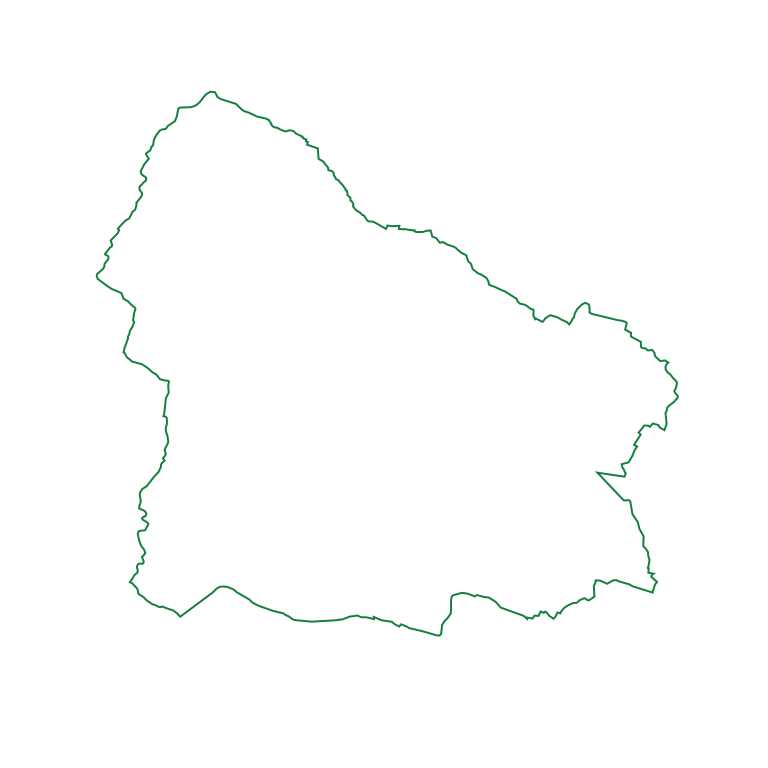 Huai Krachao, Kanchanaburi, Thailand, rotated 9°
{"feature_id": "78962969B62176303506546", "entity_name": "Huai Krachao", "entity_type": "district", "adm_level": 2, "iso_a3": "THA", "parent_name": "Thailand", "parent_adm1": "Kanchanaburi", "projection": "orthographic", "projection_center": [99.704, 14.351], "detail": "fine", "context": "isolated", "style": "outline", "palette": "green", "viewbox_px": 768, "rotation_deg": 9, "n_neighbors": 0, "source": "geoboundaries", "source_scale": "gbopen_adm2", "svg_char_len": 6141}
<svg xmlns="http://www.w3.org/2000/svg" viewBox="0 0 768 768"><g transform="rotate(9 384 384)"><path d="M163.9,619.4L166.9,620.5L171.8,624.3L172.9,625.7L173.7,628.6L174.8,630.0L179.5,631.9L184.6,635.6L186.2,635.9L188.0,637.1L190.3,637.9L192.7,638.1L195.8,639.3L198.2,639.3L200.3,638.4L202.2,639.1L211.4,640.7L215.4,642.8L219.1,645.7L247.2,617.0L251.0,611.9L253.6,610.1L257.2,609.0L261.2,608.9L267.6,610.5L271.2,612.7L284.9,618.0L287.4,620.0L291.4,621.6L296.1,622.9L310.3,625.5L320.6,626.3L322.7,627.5L325.9,628.3L330.7,630.7L332.8,631.1L349.6,630.1L372.9,625.0L380.2,622.8L386.0,619.3L394.0,616.8L397.7,617.9L403.7,617.2L410.9,617.8L410.3,615.7L418.9,617.8L428.8,617.6L431.3,619.2L436.9,621.2L438.4,618.7L444.8,620.1L446.9,621.2L460.2,622.1L475.3,624.0L477.5,624.0L478.4,623.6L479.5,621.8L479.1,612.7L481.1,608.3L483.2,605.6L485.8,600.4L485.7,597.3L484.0,586.9L484.2,583.3L485.1,582.0L492.6,578.5L494.6,578.0L499.5,578.0L507.0,579.6L507.8,578.5L509.2,577.9L516.0,578.7L520.9,578.5L528.2,581.6L534.4,586.6L557.5,591.0L559.5,591.8L562.1,593.6L562.1,592.3L567.4,592.4L568.9,589.2L572.9,588.9L574.3,584.2L577.6,585.1L578.1,583.9L579.6,583.7L583.5,587.1L588.2,589.3L589.9,586.6L591.0,582.5L594.1,583.0L594.3,581.6L596.5,577.5L600.0,574.2L605.1,570.7L608.8,569.9L610.9,567.1L615.1,564.3L616.5,564.5L619.0,565.7L620.4,565.5L625.1,561.1L622.8,550.4L623.7,548.2L623.9,544.8L628.2,544.4L635.7,546.4L641.0,542.1L643.8,541.4L647.6,542.3L657.4,543.5L661.4,544.9L682.0,548.0L681.8,547.2L683.1,539.5L684.7,536.8L678.1,532.6L678.4,530.6L679.9,529.2L674.6,529.0L674.3,524.9L673.3,524.4L673.7,523.5L673.8,516.4L671.8,512.1L671.1,508.8L668.3,505.7L665.4,503.5L664.3,493.9L659.0,487.2L656.2,480.6L649.8,473.8L645.6,461.4L644.1,460.4L639.7,461.4L638.5,461.1L608.7,438.2L636.1,437.9L636.8,434.5L635.6,433.3L633.9,430.4L632.6,429.3L631.3,426.0L637.9,423.1L640.6,415.9L642.1,409.6L643.8,406.1L640.5,405.0L645.4,393.8L643.1,392.1L646.4,386.6L647.3,384.4L651.1,383.8L653.4,384.7L655.7,380.9L661.5,381.7L663.0,383.8L668.2,385.7L669.4,379.2L666.6,368.8L667.4,366.0L667.5,363.0L668.2,361.7L673.3,356.2L676.3,351.2L675.8,349.6L672.9,347.2L671.8,345.4L673.0,342.2L673.2,336.8L671.7,335.1L668.2,332.7L666.2,330.5L661.7,327.6L660.0,325.6L659.3,322.8L660.1,319.7L661.4,318.3L657.9,316.8L653.2,318.1L647.9,314.5L646.8,312.8L646.5,311.3L643.8,308.6L642.8,308.5L640.8,309.3L639.0,309.5L636.9,308.0L633.8,308.1L632.4,307.6L631.9,306.7L631.1,302.2L620.8,298.6L620.3,298.0L620.0,294.8L613.7,292.6L614.2,285.8L613.0,284.9L608.6,284.3L605.1,284.4L578.1,282.2L575.8,281.2L575.5,278.4L574.2,273.8L572.9,273.0L570.0,272.4L567.1,274.4L563.0,280.0L561.4,284.7L561.2,288.6L559.9,290.1L559.7,291.8L557.6,296.2L554.9,294.2L548.9,292.6L545.8,291.3L542.3,290.5L541.3,290.6L537.8,290.0L535.2,291.8L532.9,294.3L531.2,297.6L530.2,297.7L523.6,295.5L523.1,296.3L520.8,293.1L520.4,288.6L519.8,287.1L517.7,287.1L512.1,284.2L509.9,283.6L505.7,283.4L503.2,281.7L501.4,279.0L488.4,273.4L486.4,273.1L477.3,270.5L475.3,270.4L472.0,269.3L471.5,267.1L469.3,264.0L467.9,262.8L462.7,260.7L459.1,259.8L453.7,256.7L451.0,251.6L448.0,249.7L445.1,244.0L439.5,242.2L433.3,238.2L431.5,237.5L425.5,236.6L419.7,234.5L418.2,235.5L416.9,235.6L412.8,231.8L408.7,230.9L406.0,225.1L402.2,226.0L398.3,227.8L392.7,228.8L390.4,228.5L390.2,227.4L388.7,227.8L380.0,227.8L379.7,228.1L374.4,228.5L374.4,225.4L367.4,226.9L362.6,227.0L361.8,230.5L349.7,225.9L347.0,225.4L343.6,225.8L341.9,225.2L338.0,220.8L336.0,220.4L333.6,218.5L329.5,216.9L326.0,213.8L325.5,213.2L325.8,211.7L324.1,209.0L322.2,207.9L321.6,205.2L318.2,203.0L318.0,201.0L317.0,198.8L315.9,198.7L315.2,197.3L311.9,193.9L307.9,190.8L307.5,190.0L304.5,189.1L303.8,187.8L302.1,186.1L301.0,183.1L299.1,181.8L295.6,181.5L294.9,179.1L289.0,173.7L284.2,171.9L281.7,161.6L270.6,159.7L270.9,156.9L268.9,156.5L269.0,154.7L266.5,154.2L264.7,153.1L264.8,152.4L258.2,150.6L255.4,148.6L252.4,148.0L249.0,149.0L247.9,149.8L245.9,149.8L241.3,148.8L240.5,148.2L239.1,148.1L238.0,147.3L236.9,147.8L234.3,147.2L232.1,145.5L232.0,144.4L230.1,142.8L228.9,141.1L227.3,141.0L226.6,140.4L216.7,139.7L208.3,137.2L203.5,136.4L200.3,135.0L194.0,130.5L178.0,128.1L174.5,126.4L171.5,122.3L167.2,122.4L165.2,123.7L162.5,126.2L158.0,134.3L154.9,138.0L151.9,139.9L149.1,141.0L139.9,142.7L137.8,144.0L137.4,153.0L136.4,157.1L130.2,162.9L128.6,166.1L124.9,167.4L123.0,168.6L120.6,172.8L118.6,178.4L118.5,184.5L117.3,186.0L116.6,189.7L112.9,193.6L113.0,194.4L116.5,198.4L113.0,204.1L110.5,211.6L110.8,213.6L111.9,214.9L116.5,217.3L117.1,218.0L116.9,220.7L114.8,222.6L113.6,225.0L112.1,226.6L111.7,227.9L112.1,230.3L115.1,233.2L115.4,235.4L114.8,237.2L111.1,243.8L111.5,246.2L111.1,250.0L110.6,251.4L108.8,252.9L106.5,260.3L103.0,263.1L97.0,271.8L97.1,272.5L97.9,272.9L98.3,273.5L97.5,276.7L91.6,285.0L93.7,289.1L93.7,290.5L92.1,292.0L88.1,299.2L88.5,299.8L90.9,300.5L91.8,301.2L92.2,302.6L92.0,303.9L89.2,309.1L89.4,311.8L88.3,314.6L83.6,320.0L83.3,321.4L83.4,322.5L84.7,324.9L95.3,330.5L100.2,332.7L110.2,335.2L111.6,337.0L113.3,340.5L118.3,342.4L121.2,344.7L126.3,347.8L126.8,349.0L126.1,352.8L126.2,360.4L127.6,362.0L126.5,367.0L124.7,371.2L124.7,374.2L123.7,377.5L124.0,379.4L122.1,388.8L121.8,393.6L123.1,394.1L125.9,397.9L129.6,399.8L131.0,401.1L142.1,402.4L147.7,405.0L153.6,408.7L157.7,410.3L161.9,414.2L165.9,414.8L170.4,414.6L171.2,415.4L171.1,419.3L172.7,426.2L170.8,432.2L171.6,446.9L171.2,450.3L173.6,450.4L174.7,451.5L175.4,454.1L175.8,458.1L175.3,461.5L176.3,465.5L178.2,469.1L179.9,474.4L179.8,476.7L177.8,482.1L177.8,483.9L179.4,487.2L179.0,489.1L177.4,491.6L177.6,492.5L178.8,493.2L179.3,494.0L176.9,496.9L176.4,498.7L176.6,501.1L174.9,506.6L171.9,510.6L165.7,521.9L161.6,525.6L160.0,529.6L160.1,531.2L162.2,538.4L161.4,543.1L161.6,545.2L167.2,546.7L168.9,548.1L169.5,549.4L169.2,551.6L166.3,553.7L166.1,554.7L166.6,555.5L171.9,557.9L173.0,558.7L173.2,559.4L170.9,565.8L165.2,567.5L164.4,569.2L164.3,570.8L166.6,576.7L169.8,582.3L173.0,585.1L174.6,588.3L174.2,589.5L172.0,592.8L174.4,596.7L174.4,598.2L174.1,598.9L173.3,599.3L169.9,599.8L168.9,601.2L168.5,603.4L169.9,606.3L169.9,609.0L167.3,611.8L165.7,616.3L163.9,619.4Z" fill="none" stroke="#15803d" stroke-width="2"/></g></svg>